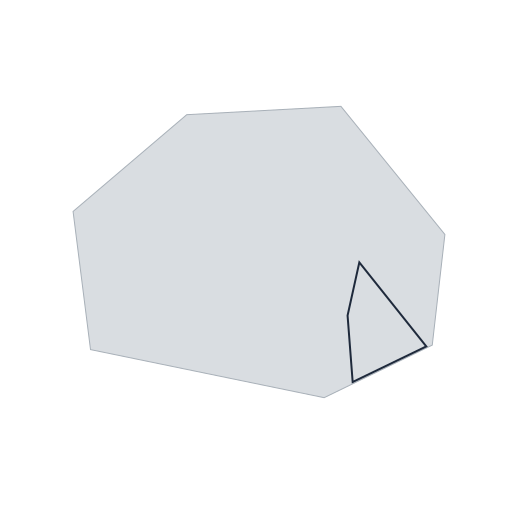 Ijuw highlighted on a map of Nauru, rotated 72°
{"feature_id": "NRU-4980", "entity_name": "Ijuw", "entity_type": "state/province", "adm_level": 1, "iso_a3": "NRU", "parent_name": "Nauru", "parent_adm1": "", "projection": "mercator", "projection_center": [166.951, -0.505], "detail": "fine", "context": "in_parent", "style": "outline", "palette": "slate", "viewbox_px": 512, "rotation_deg": 72, "n_neighbors": 0, "source": "natural_earth", "source_scale": "10m", "svg_char_len": 382}
<svg xmlns="http://www.w3.org/2000/svg" viewBox="0 0 512 512"><g transform="rotate(72 256 256)"><path d="M411.8,235.0L293.9,442.3L157.1,416.2L100.2,278.2L139.9,129.0L293.9,69.7L395.2,115.9L411.8,235.0Z" fill="#d9dde1" stroke="#a8b0b8" stroke-width="1"/><path d="M394.6,122.0L405.7,203.0L340.9,187.3L294.0,159.7L394.6,122.0Z" fill="none" stroke="#1e293b" stroke-width="2"/></g></svg>